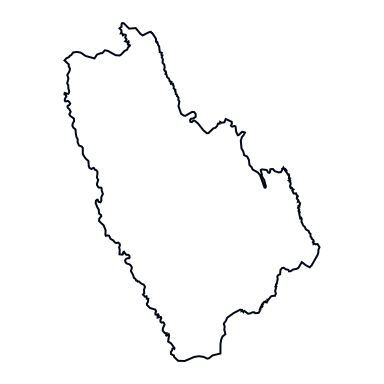 outline of Kasongo-Lunda, Bandundu, Democratic Republic of the Congo
{"feature_id": "63176286B94968684087840", "entity_name": "Kasongo-Lunda", "entity_type": "district", "adm_level": 2, "iso_a3": "COD", "parent_name": "Democratic Republic of the Congo", "parent_adm1": "Bandundu", "projection": "natural_earth1", "projection_center": [17.609, -7.011], "detail": "fine", "context": "isolated", "style": "outline", "palette": "ink", "viewbox_px": 384, "rotation_deg": 0, "n_neighbors": 0, "source": "geoboundaries", "source_scale": "gbopen_adm2", "svg_char_len": 5931}
<svg xmlns="http://www.w3.org/2000/svg" viewBox="0 0 384 384"><path d="M150.8,31.8L148.8,32.3L142.7,35.4L140.5,33.9L135.7,28.1L129.1,28.6L123.9,23.4L122.3,23.0L121.5,24.2L121.6,26.7L119.5,28.3L121.4,30.3L121.5,31.7L120.8,33.4L122.1,33.4L123.0,35.3L123.9,34.5L125.6,34.8L125.9,35.3L125.2,37.7L126.5,39.2L126.4,40.0L125.2,41.3L127.4,42.1L128.5,41.4L128.7,42.2L127.7,44.0L128.3,44.9L129.5,44.8L129.9,45.6L128.0,47.5L127.2,49.6L124.6,50.9L121.2,54.5L119.6,55.5L115.6,55.2L107.9,50.9L104.9,50.3L102.2,53.2L100.7,53.2L97.0,54.6L94.5,58.4L85.7,56.0L80.7,52.6L76.6,51.9L73.1,52.5L71.1,55.2L70.1,55.6L68.9,57.1L66.4,58.3L64.5,60.4L68.8,64.4L68.7,66.5L70.0,68.6L69.4,71.4L67.3,74.9L68.4,78.5L67.2,83.3L68.2,85.2L68.4,88.6L69.2,91.3L68.9,93.1L68.1,93.9L64.7,93.0L64.5,94.4L65.7,94.8L66.4,96.3L64.9,98.9L64.8,100.6L65.2,101.3L66.0,101.4L67.7,100.9L69.2,101.9L70.2,103.6L69.4,105.0L67.7,105.8L67.5,106.7L67.8,107.8L69.6,109.5L70.7,111.8L69.3,114.2L70.4,116.0L73.9,118.5L74.0,121.2L72.7,123.6L72.4,125.9L73.4,127.7L75.5,129.4L75.9,134.3L76.6,137.4L77.7,139.2L77.6,142.3L79.1,145.6L81.9,146.6L82.8,148.1L82.8,153.1L83.3,155.1L85.7,158.6L88.4,161.0L88.8,166.2L89.4,167.8L91.5,169.0L93.4,167.9L94.1,168.2L94.8,169.7L96.3,170.2L97.3,171.5L97.5,173.5L96.9,177.6L98.2,179.9L96.9,184.0L97.1,185.3L98.6,187.5L101.2,187.7L101.6,188.3L101.7,190.4L102.9,193.9L101.3,197.1L101.3,200.9L100.4,202.3L98.5,201.8L97.7,199.7L97.2,199.6L95.9,200.8L95.7,203.1L97.4,207.5L98.7,209.5L99.1,213.5L101.1,215.1L101.3,216.1L99.2,218.9L99.1,221.1L103.6,225.3L105.6,230.2L105.4,234.7L105.8,235.8L107.6,235.4L109.1,235.8L110.6,238.9L113.1,240.3L115.0,242.5L116.5,243.0L118.3,242.6L119.7,243.9L119.8,245.8L119.1,247.4L119.7,249.6L119.5,254.3L122.5,254.6L123.0,254.0L123.2,252.3L124.0,251.7L126.1,254.7L128.4,254.9L129.3,255.7L129.6,257.6L129.2,258.2L127.4,258.3L125.9,259.0L125.1,260.5L125.5,262.2L126.8,263.5L129.5,264.4L131.2,265.9L131.9,267.8L130.9,271.0L133.2,275.1L133.9,277.8L135.5,279.0L136.1,280.5L137.1,280.6L137.7,281.6L138.9,281.5L141.6,283.8L143.7,284.6L145.0,286.7L144.0,289.7L144.2,293.2L143.0,294.6L145.0,296.7L146.5,296.3L146.8,298.7L148.3,298.8L147.9,302.1L146.8,303.7L147.0,305.0L150.0,308.0L155.3,309.6L156.1,311.3L155.3,313.4L155.5,314.5L156.2,314.8L158.2,314.3L158.7,315.4L157.6,316.6L157.6,317.6L160.8,317.0L161.3,318.2L160.4,320.1L160.5,321.8L161.6,322.6L163.2,322.3L164.1,323.3L164.5,324.7L162.9,328.2L162.7,330.6L164.8,333.1L166.6,333.2L166.1,335.4L166.7,335.7L168.7,334.1L169.1,335.3L168.1,341.5L171.2,343.5L174.5,348.2L174.3,348.9L173.4,348.3L172.5,348.6L172.1,350.3L170.9,351.9L171.0,354.1L173.9,355.5L174.1,356.9L178.1,360.8L184.7,361.0L194.4,356.9L199.0,356.2L203.7,356.9L207.2,358.6L208.9,358.3L212.6,355.4L220.4,353.5L220.5,343.8L221.2,339.6L222.5,336.5L225.4,334.1L224.3,329.6L224.7,326.5L223.8,324.1L224.1,323.1L225.8,321.0L227.2,317.7L233.6,313.1L240.2,309.7L241.9,309.9L241.6,311.1L242.3,310.9L243.3,311.9L243.5,311.1L244.3,310.9L247.9,313.6L249.6,313.6L252.6,312.3L254.4,312.3L255.1,313.2L258.6,312.9L259.7,311.1L259.7,309.8L260.4,309.5L260.1,308.8L260.7,307.3L261.5,307.5L262.4,306.3L261.6,305.7L261.8,304.8L262.6,304.5L262.6,303.7L263.2,303.7L263.5,302.5L264.4,301.7L265.2,302.1L265.8,301.4L266.8,302.3L267.7,300.6L267.5,299.7L268.5,299.6L270.8,296.6L272.0,296.0L275.0,295.8L275.9,293.5L275.1,291.0L276.0,288.0L275.5,286.8L276.3,286.4L275.8,285.5L276.0,284.3L276.7,283.9L277.7,279.0L277.3,276.5L278.0,275.3L280.1,274.2L280.5,269.9L282.0,268.1L283.6,267.7L285.8,269.3L288.4,269.8L289.0,271.3L290.7,271.2L293.1,269.5L296.5,268.9L298.4,267.9L301.8,262.1L306.2,265.5L309.8,267.3L311.8,265.1L317.5,255.1L318.3,252.7L318.4,249.8L319.5,247.2L317.5,244.0L315.5,244.3L314.3,243.6L313.5,244.0L313.4,242.7L312.9,242.1L313.7,241.5L313.4,240.1L311.7,238.7L311.5,237.5L310.6,236.8L310.4,233.7L309.3,232.9L308.6,230.9L306.0,229.5L304.7,226.8L303.3,225.7L301.5,221.7L301.7,218.8L301.2,217.8L300.3,218.4L299.3,214.2L299.7,212.2L299.5,211.7L298.9,212.1L298.5,211.0L299.2,209.3L298.0,207.9L298.2,207.1L299.2,206.8L298.7,205.9L299.5,205.5L300.1,203.5L298.6,201.2L298.0,201.5L298.3,200.3L296.8,198.5L297.1,196.6L297.8,196.4L297.6,195.8L296.1,194.2L296.1,193.4L293.7,193.5L292.3,190.6L293.3,189.6L292.8,189.5L292.2,188.1L291.1,187.4L290.8,188.1L290.5,187.8L290.0,186.3L290.7,183.7L290.4,182.2L289.6,181.7L290.1,180.7L289.0,180.4L289.8,179.7L289.1,178.7L289.8,178.2L289.0,177.7L289.1,175.7L288.4,175.1L288.8,174.4L287.3,173.7L286.4,171.7L286.5,170.4L285.6,169.4L285.2,170.5L283.4,167.5L282.8,168.7L282.2,168.8L282.3,169.8L280.9,172.1L278.8,172.4L274.8,171.2L272.9,169.0L270.4,169.2L269.9,172.2L269.3,172.9L268.2,172.5L266.7,170.0L262.0,169.4L261.0,169.8L260.7,170.2L261.9,174.5L261.8,176.1L264.2,180.1L265.8,186.0L265.7,187.3L265.1,187.8L264.5,187.5L260.1,175.2L257.8,172.4L252.6,169.5L251.7,167.3L249.5,165.1L248.9,160.0L247.2,156.6L244.2,155.2L243.3,151.6L241.5,148.4L240.8,140.9L241.9,137.1L243.7,135.0L244.9,132.5L242.1,131.8L239.0,134.8L237.8,135.2L236.2,131.8L235.5,126.4L234.4,125.9L232.1,126.7L231.5,126.3L230.9,125.5L231.9,123.7L231.7,121.8L225.7,119.0L224.4,122.3L221.6,122.8L220.1,121.8L219.6,123.7L218.0,123.6L217.1,126.0L215.6,127.6L213.2,128.5L208.4,133.1L206.8,133.2L203.3,130.2L198.2,123.7L194.7,120.7L193.4,120.7L191.8,122.1L190.5,121.9L190.2,121.3L190.1,120.0L190.9,118.9L194.0,118.1L195.7,116.7L195.7,114.0L194.2,112.1L192.1,111.9L185.4,115.8L183.8,115.6L181.1,113.7L178.5,106.2L179.4,101.4L178.3,99.8L178.5,97.8L177.8,96.6L177.1,96.3L176.8,94.5L175.8,94.1L175.7,91.9L175.0,91.0L175.4,89.9L173.6,88.4L173.8,86.8L173.0,84.0L172.3,84.3L171.4,82.7L170.8,83.3L170.6,82.1L171.1,81.8L169.5,80.8L169.0,78.7L167.1,77.1L166.4,74.3L165.5,73.9L166.1,72.5L165.7,71.3L165.1,71.3L164.1,69.7L164.7,67.2L164.2,64.6L162.6,62.8L162.8,59.0L161.7,57.3L162.4,55.5L161.6,55.3L161.4,54.3L161.8,52.8L159.8,52.1L159.1,46.2L158.4,45.6L157.3,42.1L156.7,42.5L155.9,41.4L156.0,38.8L152.2,33.0L151.5,32.9L150.8,31.8Z" fill="none" stroke="#020617" stroke-width="2"/></svg>